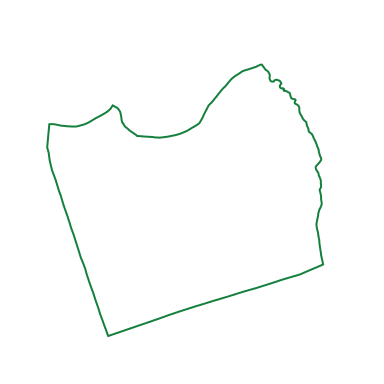 outline of Taling Chan, Bangkok Metropolis, Thailand, rotated 247°
{"feature_id": "78962969B19319663226998", "entity_name": "Taling Chan", "entity_type": "district", "adm_level": 2, "iso_a3": "THA", "parent_name": "Thailand", "parent_adm1": "Bangkok Metropolis", "projection": "natural_earth1", "projection_center": [100.444, 13.771], "detail": "fine", "context": "isolated", "style": "outline", "palette": "green", "viewbox_px": 384, "rotation_deg": 247, "n_neighbors": 0, "source": "geoboundaries", "source_scale": "gbopen_adm2", "svg_char_len": 5738}
<svg xmlns="http://www.w3.org/2000/svg" viewBox="0 0 384 384"><g transform="rotate(247 192 192)"><path d="M100.9,290.9L102.7,291.4L103.0,291.4L104.5,291.9L106.0,292.2L106.9,292.4L108.0,292.5L109.7,292.8L110.9,293.1L112.1,293.4L113.8,294.0L115.0,294.7L115.9,295.3L116.0,295.4L117.0,296.0L117.3,296.3L117.6,296.5L118.2,296.9L118.6,297.1L119.4,297.8L119.7,298.1L120.2,298.3L120.6,298.7L120.9,298.8L121.1,298.9L123.1,300.0L123.7,300.5L124.3,301.0L125.2,301.7L125.6,302.0L126.2,302.6L126.7,303.1L126.7,303.4L126.8,303.6L128.0,304.7L130.0,306.6L131.5,307.2L133.2,307.6L135.4,308.2L136.4,308.6L137.6,309.1L140.1,309.7L142.8,310.1L143.5,310.2L144.2,310.5L144.4,310.6L144.8,311.1L145.2,311.7L145.9,312.5L146.4,312.9L147.7,313.4L149.6,314.0L150.7,314.4L151.6,314.9L152.4,315.1L154.8,315.3L155.8,315.3L157.2,315.2L158.0,315.3L160.1,315.7L160.5,315.7L162.6,315.3L163.8,315.1L164.3,315.1L165.3,315.2L166.0,315.3L166.4,315.5L166.6,315.6L166.8,315.8L167.2,316.2L167.7,317.3L169.2,320.4L169.7,321.4L170.0,321.9L171.0,323.3L171.4,323.6L171.7,323.8L172.0,323.9L172.8,324.0L173.1,324.1L174.2,324.0L175.3,323.9L176.1,324.1L177.9,324.3L179.5,324.5L180.0,324.6L181.4,325.1L183.1,325.1L183.3,325.1L184.5,325.1L187.1,325.3L187.9,325.3L188.0,325.3L188.3,325.3L189.7,325.4L192.2,325.2L194.6,325.1L196.6,325.2L198.1,325.0L198.9,324.8L201.2,323.5L201.8,323.2L202.0,323.2L202.5,323.2L203.1,323.4L204.8,323.8L205.8,323.8L208.0,323.8L208.7,323.8L209.1,323.9L209.7,324.0L210.5,324.3L211.2,324.4L211.6,324.5L211.8,324.4L213.9,323.4L215.2,322.9L216.9,322.6L217.8,322.7L218.9,322.6L219.1,322.5L222.4,322.1L224.1,322.3L224.6,322.5L225.5,322.8L227.7,323.7L228.2,323.8L229.0,323.8L230.0,323.6L230.3,323.5L230.5,323.4L231.3,322.9L232.8,321.7L233.5,321.3L233.8,321.3L234.0,321.4L234.5,321.6L235.3,322.4L235.6,322.9L236.0,323.1L236.4,323.3L236.6,323.3L236.9,323.2L237.0,323.1L237.8,321.8L239.0,320.5L239.3,320.2L239.6,320.1L239.8,320.0L241.0,320.1L242.3,320.3L243.6,320.5L244.3,320.6L244.8,320.6L245.1,320.6L245.3,320.5L246.0,319.7L246.7,319.2L246.9,319.1L247.7,318.4L248.2,318.0L248.5,317.8L248.7,317.5L248.7,317.0L248.8,316.7L249.2,316.3L249.6,316.1L250.0,316.1L250.3,316.2L250.3,316.3L250.5,316.8L250.8,316.9L251.4,316.7L251.8,316.4L252.0,316.1L252.3,315.0L252.4,314.9L252.5,314.7L253.2,314.2L253.5,314.1L253.8,313.9L254.2,314.0L254.7,314.1L255.2,314.2L255.5,314.4L255.7,314.6L255.9,314.9L256.7,316.3L256.8,316.4L257.0,316.6L257.3,316.7L258.4,316.5L259.5,316.3L259.8,316.3L260.0,316.2L260.5,315.7L261.6,314.6L262.3,313.7L262.4,313.2L262.6,312.7L262.6,312.2L262.5,311.8L262.4,311.5L262.0,310.7L261.7,310.3L261.9,309.7L262.2,309.2L262.4,308.9L263.0,308.0L263.5,307.8L264.6,307.7L265.5,307.6L266.8,308.0L268.2,308.8L269.1,309.3L270.4,309.4L271.3,309.3L272.7,309.2L273.1,309.0L274.1,308.7L275.0,308.0L275.7,307.6L276.8,307.2L277.6,307.1L280.8,306.3L281.8,306.2L282.3,305.3L282.4,304.3L282.4,304.2L282.4,303.2L282.2,299.8L282.4,297.9L282.4,297.7L282.9,291.5L283.2,289.4L283.2,289.2L283.3,288.4L283.4,287.0L283.4,286.8L283.4,285.7L283.3,284.5L283.2,284.3L283.0,283.7L282.8,282.5L282.5,280.9L282.4,280.5L282.2,278.8L281.6,275.9L281.5,275.2L281.4,275.0L280.9,273.4L280.5,272.2L280.1,271.4L279.3,269.8L278.8,268.7L278.6,268.4L277.7,266.7L277.4,266.3L276.8,265.0L276.0,263.4L275.9,262.8L275.1,260.8L274.7,260.0L274.2,258.8L273.4,257.5L272.7,256.2L272.3,255.3L272.2,255.2L272.0,254.8L270.2,251.7L269.7,250.7L268.6,248.5L267.8,247.2L267.6,246.6L266.4,244.3L266.2,243.4L266.1,243.1L265.8,242.6L265.2,241.1L262.5,238.0L262.4,237.7L261.9,237.1L260.2,235.1L258.9,233.6L258.5,233.1L255.8,230.2L255.3,229.6L254.8,228.8L253.4,227.0L253.1,226.5L252.6,225.9L252.4,225.4L252.1,224.1L251.9,223.4L251.4,220.0L251.2,218.6L251.2,218.1L251.1,217.2L250.5,213.4L250.2,211.0L250.2,210.8L250.2,207.9L250.2,206.4L250.2,205.2L250.3,203.7L250.4,202.4L250.7,200.1L250.9,198.5L251.3,196.7L251.6,195.4L252.4,191.2L252.5,190.9L252.7,190.3L254.1,185.3L254.8,183.1L255.0,182.7L255.5,181.9L255.7,181.6L256.1,180.4L256.4,179.8L257.0,178.9L257.4,178.1L257.8,177.6L262.6,168.0L263.6,166.3L264.5,164.3L264.8,163.7L265.3,163.2L265.6,163.0L266.1,163.0L268.9,161.2L270.8,160.0L271.2,159.7L271.8,159.3L272.1,159.2L273.3,158.4L275.7,157.4L278.2,156.0L280.7,155.4L280.8,155.4L281.3,155.6L282.2,155.4L282.8,155.0L283.1,155.0L283.5,155.0L286.2,155.4L286.8,155.7L288.7,156.2L291.5,156.8L292.7,157.0L293.7,157.2L295.7,156.9L296.9,156.7L297.1,156.6L297.8,156.3L298.2,156.2L298.7,156.1L299.0,155.7L299.7,155.2L301.4,153.8L301.6,153.8L301.7,153.7L302.7,152.8L300.8,150.1L300.4,149.5L300.0,148.4L299.6,147.3L299.3,146.1L298.9,144.7L298.5,142.1L298.2,139.7L297.8,135.9L297.6,132.8L297.1,129.2L296.6,125.7L296.3,122.5L296.3,121.8L296.3,120.3L296.4,118.5L297.2,112.7L297.6,110.8L298.0,109.9L298.9,107.6L301.8,101.8L304.5,97.0L305.0,96.3L307.1,93.3L308.1,91.8L308.5,91.0L309.0,90.1L309.2,89.6L309.5,89.0L310.1,87.1L289.6,76.1L284.6,75.5L276.5,73.3L267.1,71.7L256.5,71.2L245.1,70.0L243.5,69.9L240.4,69.8L235.8,69.3L230.4,68.7L227.9,68.5L226.3,68.4L223.1,68.2L219.7,68.0L217.7,67.9L216.9,67.8L214.3,67.5L212.2,67.4L206.4,66.7L199.4,66.4L195.3,66.0L182.6,64.8L174.9,64.0L169.3,64.0L163.1,63.7L158.1,63.0L148.4,62.2L145.0,62.0L144.1,62.0L143.3,61.9L138.5,61.7L136.6,61.6L131.2,61.0L123.1,60.5L119.6,60.2L116.3,59.8L115.2,59.7L113.9,59.7L107.6,59.4L105.1,59.2L103.6,59.1L102.4,59.1L100.7,59.0L97.6,58.9L96.1,58.8L93.2,58.6L92.2,58.6L91.2,72.4L88.3,112.9L87.8,122.2L87.0,132.6L85.5,149.5L84.7,156.4L83.5,168.7L81.9,182.5L80.1,200.9L78.5,213.6L76.7,232.5L76.3,238.1L75.7,243.9L73.9,259.4L74.0,265.8L74.0,275.0L74.0,282.3L74.1,284.4L74.7,284.5L78.4,285.3L80.0,285.5L82.5,286.0L84.1,286.4L86.6,287.1L91.8,288.4L94.1,289.0L94.6,289.1L96.5,289.8L96.8,289.9L97.3,290.1L99.1,290.6L100.9,290.9Z" fill="none" stroke="#15803d" stroke-width="2"/></g></svg>